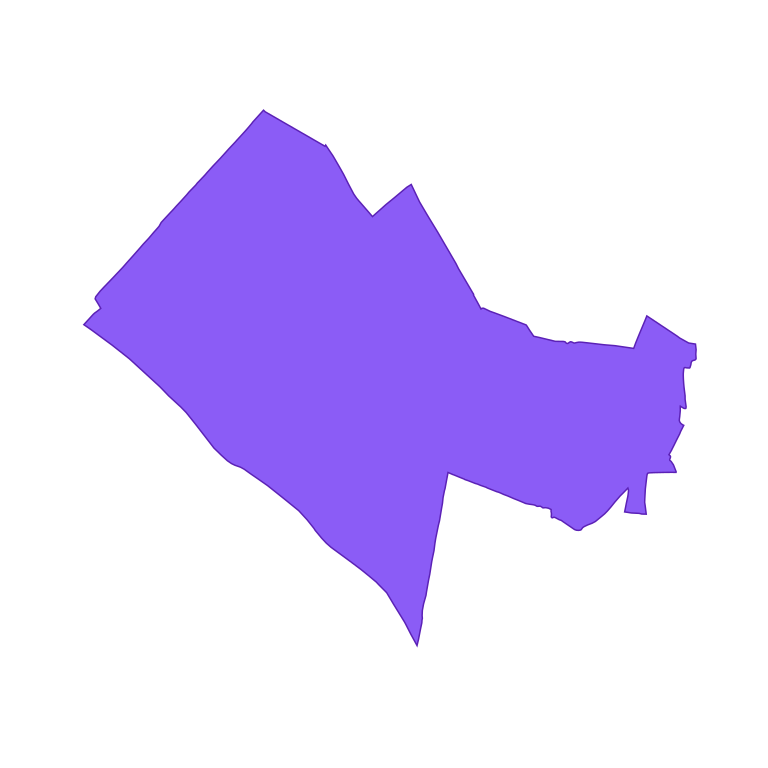 the district of Binh Tan, Vĩnh Long, Vietnam, rotated 8°
{"feature_id": "81297802B74288530741739", "entity_name": "Binh Tan", "entity_type": "district", "adm_level": 2, "iso_a3": "VNM", "parent_name": "Vietnam", "parent_adm1": "Vĩnh Long", "projection": "albers", "projection_center": [105.803, 10.129], "detail": "fine", "context": "isolated", "style": "filled", "palette": "violet", "viewbox_px": 768, "rotation_deg": 8, "n_neighbors": 0, "source": "geoboundaries", "source_scale": "gbopen_adm2", "svg_char_len": 4441}
<svg xmlns="http://www.w3.org/2000/svg" viewBox="0 0 768 768"><g transform="rotate(8 384 384)"><path d="M661.8,476.4L659.5,467.9L658.6,464.9L658.2,461.0L657.4,451.5L657.2,443.1L657.1,438.6L657.2,436.7L657.7,435.6L658.9,435.1L663.7,434.2L674.1,432.5L681.4,431.4L685.5,430.9L685.5,430.2L681.9,423.8L680.1,421.8L679.1,420.7L677.6,419.8L677.4,419.0L677.8,417.2L677.9,416.2L677.4,415.3L676.0,414.4L677.9,409.7L678.4,408.1L679.6,404.6L681.5,398.8L683.8,392.1L684.3,389.9L686.6,383.2L685.4,382.8L683.5,381.8L682.1,380.3L681.5,379.0L681.4,377.8L681.4,375.3L681.1,369.0L680.5,365.2L680.5,364.7L682.4,365.6L684.5,366.4L685.6,366.4L686.2,366.2L686.4,365.8L686.3,364.3L684.3,357.2L683.8,353.8L681.6,345.6L680.7,341.8L679.8,337.5L679.2,334.1L678.9,331.8L678.7,327.5L678.9,326.5L679.2,326.1L679.5,325.9L679.9,325.8L681.6,325.9L683.6,325.7L684.4,325.6L684.7,325.2L684.8,324.7L685.2,322.2L685.2,320.2L685.4,319.3L685.7,318.6L686.1,318.2L686.6,317.8L688.3,317.1L688.9,316.7L689.4,316.0L689.5,315.4L688.6,311.0L688.3,306.6L686.9,301.1L680.0,301.0L670.4,297.3L667.7,295.8L634.8,280.0L633.6,284.9L629.8,299.3L627.5,308.4L626.3,314.0L607.3,313.9L596.8,314.5L580.7,314.9L574.0,315.1L571.2,315.4L569.0,316.1L567.1,316.9L566.0,316.9L565.0,316.5L563.6,316.2L562.9,316.2L561.9,316.8L561.0,317.7L560.3,318.3L559.0,318.3L558.4,317.8L557.4,317.0L555.7,316.9L547.6,317.9L531.2,316.3L525.6,315.9L520.6,310.4L516.7,305.8L493.6,300.4L484.0,298.3L479.1,297.3L472.2,295.1L470.6,295.3L469.6,296.2L466.2,291.5L460.3,283.6L460.3,282.8L441.8,259.5L438.5,254.7L424.5,236.9L423.4,235.5L416.0,226.1L405.5,213.3L402.5,209.6L393.9,198.8L383.2,182.6L382.4,183.3L379.2,186.0L368.6,197.8L361.0,206.0L349.3,219.8L335.3,207.6L334.1,206.6L331.1,203.9L327.6,200.1L321.1,191.1L314.8,182.0L309.9,175.6L301.9,165.4L293.0,155.5L292.5,156.8L228.5,131.0L226.6,129.6L217.7,142.7L216.6,144.7L212.8,150.7L210.8,153.7L204.6,162.7L203.1,165.0L197.5,172.9L195.9,175.3L190.7,183.0L186.2,189.3L185.2,190.7L184.2,192.1L179.4,199.2L177.6,202.0L172.7,208.9L171.2,210.9L169.9,213.2L165.8,218.8L164.2,221.0L162.3,224.1L157.4,231.3L153.4,237.0L151.2,240.3L149.2,243.1L144.1,250.4L143.9,250.7L140.9,255.0L139.3,259.2L134.8,266.0L130.7,272.5L126.2,278.9L122.0,285.4L117.7,291.9L112.6,299.5L109.0,305.0L103.3,313.0L102.2,314.6L93.5,326.6L89.9,331.7L86.4,337.7L86.1,339.9L89.8,344.4L93.0,348.5L90.8,350.9L89.4,352.3L87.6,354.0L86.3,355.6L78.5,367.0L87.0,371.3L109.6,383.5L128.4,394.5L162.3,417.8L164.9,419.8L172.4,425.7L183.7,433.5L185.8,434.9L192.1,439.8L202.8,449.9L222.9,469.5L224.4,471.0L233.0,477.3L239.6,481.8L242.6,483.3L244.0,484.0L247.7,485.2L251.8,486.0L253.6,486.4L257.3,487.8L264.2,491.4L272.4,495.5L282.8,500.8L298.4,510.0L301.6,511.9L317.2,521.3L326.7,529.1L334.7,536.7L336.3,538.6L343.8,545.4L349.0,549.6L354.3,553.1L374.0,563.7L386.7,570.7L394.7,575.5L402.6,580.4L403.9,581.2L406.5,583.3L415.7,590.3L424.4,601.1L437.5,616.9L438.9,618.8L445.5,628.2L453.1,638.4L453.7,632.4L454.3,621.0L454.7,615.3L454.5,612.5L454.6,610.7L454.0,608.1L453.5,602.9L453.8,596.2L455.0,587.4L455.0,584.3L455.4,572.5L455.8,566.0L456.0,553.2L456.3,547.9L456.7,542.1L456.6,534.4L456.7,529.6L457.5,516.4L458.0,511.8L458.3,499.6L458.5,493.9L458.3,488.2L458.7,481.2L459.0,479.1L459.3,471.7L459.6,465.3L459.7,462.7L464.8,464.1L465.9,464.3L470.2,465.4L476.6,467.0L477.5,467.4L480.8,468.0L488.3,469.8L490.6,470.1L493.5,470.9L499.7,472.1L500.5,472.5L505.0,473.6L510.8,475.0L512.5,475.2L514.8,475.8L517.8,476.7L521.9,477.6L524.5,478.3L528.4,479.4L533.4,480.6L536.0,481.3L538.7,482.0L540.8,482.6L542.3,482.7L544.7,482.8L546.6,482.8L548.5,482.8L549.6,482.9L550.4,483.0L551.2,483.3L552.2,483.7L552.7,483.8L553.6,483.7L555.2,483.3L555.9,483.3L556.2,483.4L556.8,483.6L558.1,484.3L558.5,484.5L558.9,484.5L559.8,484.3L561.0,484.0L562.1,484.0L562.8,484.0L563.5,484.1L564.0,484.1L564.5,484.2L565.0,484.4L565.9,484.7L566.7,484.9L567.0,485.1L567.1,486.7L567.8,488.8L568.0,490.4L568.1,492.3L568.6,492.9L569.2,493.1L570.9,492.3L572.0,492.4L574.2,493.2L576.4,494.0L578.5,494.4L580.6,495.5L589.3,499.8L592.9,501.6L594.8,502.0L596.9,501.9L598.7,501.4L599.6,500.8L600.0,499.9L600.8,498.5L602.0,497.4L605.3,495.2L609.5,492.9L612.5,490.7L618.2,484.5L620.6,481.8L622.9,478.7L625.7,474.4L629.1,468.7L633.5,461.9L635.5,459.3L639.3,454.1L640.0,453.1L640.8,454.8L641.0,456.1L641.1,458.8L641.1,461.2L640.6,468.2L640.4,472.0L640.1,477.2L642.6,477.2L646.8,477.3L654.6,476.6L657.4,476.9L661.8,476.4Z" fill="#8b5cf6" stroke="#5b21b6" stroke-width="1.5"/></g></svg>